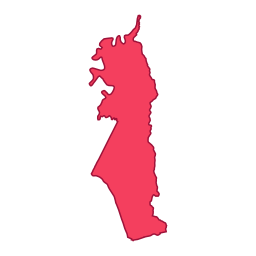 The Hills, New South Wales, Australia
{"feature_id": "25037944B61801605957585", "entity_name": "The Hills", "entity_type": "district", "adm_level": 2, "iso_a3": "AUS", "parent_name": "Australia", "parent_adm1": "New South Wales", "projection": "equal_earth", "projection_center": [150.977, -33.576], "detail": "fine", "context": "isolated", "style": "filled", "palette": "rose", "viewbox_px": 256, "rotation_deg": 0, "n_neighbors": 0, "source": "geoboundaries", "source_scale": "gbopen_adm2", "svg_char_len": 5770}
<svg xmlns="http://www.w3.org/2000/svg" viewBox="0 0 256 256"><path d="M127.7,237.2L131.6,238.9L131.4,239.8L132.5,240.0L133.1,240.6L133.8,240.0L137.6,239.4L144.7,237.0L144.6,236.9L149.7,235.9L150.8,235.5L152.7,234.3L153.4,234.1L154.2,234.0L154.9,234.1L157.0,235.1L157.7,235.1L158.3,235.0L159.0,234.6L160.0,233.8L160.2,233.7L160.1,233.0L166.2,231.7L166.0,230.6L165.6,229.2L165.6,228.9L165.7,228.4L166.2,227.4L166.3,226.3L166.6,225.7L166.2,225.1L165.9,223.9L165.7,223.4L165.3,223.0L164.9,222.7L163.6,222.2L162.5,221.3L161.1,220.9L160.4,220.2L160.2,220.1L159.2,220.0L157.5,217.7L156.8,217.0L156.0,216.7L155.3,216.7L152.4,215.8L152.9,214.4L153.1,213.5L153.2,211.6L153.0,210.4L153.4,208.4L153.4,208.0L153.2,207.6L152.2,206.8L151.6,205.9L150.4,205.3L150.2,204.8L150.0,204.1L150.0,202.5L150.1,202.0L150.3,201.6L151.1,201.1L151.4,200.7L152.2,196.9L152.9,195.6L153.3,195.0L153.6,194.8L154.0,194.9L154.5,195.2L155.3,195.9L155.6,196.1L158.2,196.1L158.3,196.0L158.6,195.6L159.0,194.7L159.1,194.0L159.0,193.6L158.5,192.8L158.0,192.1L157.2,191.5L157.0,191.2L157.1,189.5L157.4,188.1L157.4,186.9L156.7,185.5L156.1,182.6L156.1,181.9L156.3,181.0L156.2,179.4L156.5,177.9L156.1,177.1L155.3,175.7L154.7,174.2L154.1,172.9L153.7,171.0L153.7,170.6L154.3,169.7L154.4,167.9L154.8,166.1L154.8,165.0L154.7,162.9L155.0,160.5L155.0,160.0L154.6,157.4L154.7,156.9L155.2,155.6L155.4,154.5L155.4,153.7L153.5,149.8L153.4,149.4L153.7,148.1L153.5,147.2L151.6,144.9L148.4,142.2L148.1,141.5L148.0,140.2L148.2,137.6L149.6,135.3L150.5,134.1L150.8,133.5L150.8,133.2L150.8,132.8L150.2,131.9L150.1,131.3L150.2,130.7L151.0,129.3L151.1,128.8L150.9,128.0L150.9,127.5L151.5,126.1L151.4,125.8L151.2,125.4L150.8,125.2L149.2,124.9L148.9,124.6L148.7,124.1L148.8,123.3L150.1,120.7L150.2,120.3L149.9,118.4L149.1,116.7L149.0,116.2L149.0,115.9L149.5,114.9L150.7,113.1L150.9,112.5L150.8,112.1L149.6,110.3L149.6,109.9L149.7,109.4L150.4,108.5L151.1,106.5L151.1,106.1L150.3,104.3L150.0,103.3L150.0,102.9L150.2,102.5L150.5,102.3L152.4,100.8L153.3,99.7L154.9,98.8L155.7,98.2L156.3,96.8L157.4,95.3L157.7,94.7L157.7,94.4L157.5,93.8L156.9,92.8L156.5,90.9L155.2,88.6L155.1,88.1L155.0,87.4L155.2,84.7L154.5,82.2L154.4,81.8L154.5,80.8L154.3,80.3L154.1,80.0L153.7,79.7L152.5,79.6L152.0,79.3L151.3,77.9L149.6,75.3L149.5,74.9L149.5,74.2L149.9,73.1L150.0,72.6L150.0,72.3L149.6,71.4L149.5,71.0L149.5,70.7L149.8,69.6L149.7,68.9L149.5,68.5L149.1,68.2L148.8,67.5L148.0,66.6L147.4,65.4L147.4,65.1L147.6,64.6L147.0,63.5L146.5,62.0L146.1,60.5L145.9,58.5L144.8,57.4L144.4,56.3L142.9,54.6L142.3,54.1L142.2,53.9L142.2,53.5L142.1,53.0L141.9,52.1L141.6,49.4L141.9,46.6L141.1,44.1L140.5,43.6L140.2,43.0L139.9,42.8L138.5,42.4L136.8,42.0L135.2,41.3L134.4,41.4L134.2,41.3L133.5,40.6L133.3,40.2L133.2,39.2L133.6,37.7L133.9,37.4L135.0,36.4L135.8,35.5L136.6,34.9L136.6,34.5L136.2,33.7L136.3,33.2L137.0,32.6L137.9,31.4L138.0,31.1L138.1,30.4L138.7,29.6L139.1,28.9L139.1,28.6L138.9,27.6L139.0,27.4L139.4,27.0L139.5,26.7L139.1,26.1L138.8,25.1L138.9,24.9L139.4,24.3L139.3,23.7L139.0,23.4L139.4,22.8L138.9,21.9L139.0,20.8L138.8,20.8L138.4,21.0L139.0,20.1L138.9,19.9L139.1,19.6L140.5,17.8L139.9,16.7L140.5,16.2L139.7,15.4L138.3,15.6L137.4,18.5L136.6,24.8L135.3,28.0L133.4,29.6L131.8,31.7L130.0,33.6L128.6,34.8L127.3,35.2L125.9,35.1L124.6,35.7L124.3,37.4L124.8,38.7L125.3,40.4L125.3,42.2L124.5,43.5L123.5,43.9L122.3,43.2L121.1,42.0L120.3,40.1L120.2,37.3L119.5,35.8L118.4,35.9L117.1,37.2L116.3,39.5L115.8,44.0L115.3,45.4L114.3,46.0L113.1,46.3L112.4,45.9L111.7,44.4L111.6,42.7L112.2,40.8L113.0,39.5L112.9,38.3L111.9,37.9L107.2,38.4L104.0,38.9L101.6,41.0L99.8,43.3L99.6,45.1L100.6,46.3L102.1,47.4L101.6,48.3L100.8,49.2L99.6,48.8L98.5,48.4L97.0,49.0L96.6,50.3L96.6,53.1L96.2,54.2L92.6,57.0L92.0,57.9L92.4,58.8L93.4,59.6L94.8,59.9L95.8,60.0L97.4,59.7L98.8,58.9L99.8,57.9L100.9,57.1L101.7,57.3L102.1,58.4L102.3,59.7L103.8,63.7L104.5,65.8L104.7,67.4L104.5,68.8L103.8,69.6L102.5,70.2L100.8,70.4L99.0,69.9L93.7,68.3L92.4,68.1L90.9,68.6L90.0,69.4L90.0,70.5L90.8,72.0L92.8,74.4L93.2,75.4L93.5,77.1L93.3,79.1L92.4,80.4L89.4,83.4L89.5,84.2L89.8,84.8L90.3,85.4L90.9,85.8L91.6,85.5L92.4,84.7L93.7,82.8L95.0,81.2L98.2,76.8L98.9,76.3L99.7,76.0L100.8,77.0L101.6,77.8L102.3,78.4L102.8,78.7L103.3,79.8L104.3,81.4L106.8,84.7L107.7,85.1L108.9,85.5L111.7,85.6L113.3,85.9L114.0,86.5L114.3,87.5L113.8,89.5L113.0,91.2L112.2,92.6L110.7,94.3L109.6,94.6L108.7,94.6L107.9,94.1L107.1,93.0L104.7,90.7L103.9,90.6L102.2,91.3L101.8,91.8L101.7,92.5L102.3,93.5L103.2,94.4L104.9,95.8L105.4,96.5L105.8,97.6L105.3,98.4L103.4,99.4L102.7,100.0L102.2,101.1L101.9,102.2L100.6,104.9L99.0,106.5L98.2,107.0L97.9,107.8L97.9,108.7L98.3,109.8L99.1,111.2L99.5,112.4L99.4,113.4L99.0,114.5L97.8,116.2L97.7,118.3L98.0,119.7L99.0,119.8L99.8,119.4L100.1,118.6L100.4,116.8L100.8,116.2L101.9,116.6L102.2,116.7L102.5,116.6L103.6,115.8L104.1,115.7L104.5,115.9L104.9,116.3L105.6,117.3L105.9,117.5L106.3,117.5L107.8,117.0L109.1,115.9L109.5,115.8L109.9,116.0L110.6,116.9L111.2,117.3L111.4,117.9L111.4,119.0L111.6,119.3L111.8,119.5L112.1,119.6L112.4,119.5L113.3,118.4L113.7,118.1L114.2,118.1L114.5,118.3L114.6,118.5L114.5,119.2L114.7,119.5L115.0,119.7L115.4,119.6L115.6,118.8L115.8,118.6L116.3,118.6L116.6,118.7L116.7,119.1L116.8,119.6L116.8,120.5L116.8,120.8L117.2,121.2L117.7,121.6L112.2,132.6L110.8,135.3L101.0,154.9L98.8,159.3L96.9,162.6L95.6,165.4L95.0,166.3L94.6,167.5L92.9,170.6L92.9,171.0L91.5,173.6L91.4,173.8L92.0,174.9L92.7,175.6L93.4,175.8L95.6,175.7L96.2,175.7L98.9,176.7L100.2,177.4L102.0,178.9L102.6,179.6L103.4,181.1L103.9,181.7L105.1,182.7L106.6,183.7L107.5,184.6L108.5,187.2L109.4,188.9L113.7,195.6L114.3,196.7L115.4,200.7L115.7,202.3L115.9,203.0L116.6,204.5L118.7,209.9L121.7,219.2L123.1,222.9L124.7,228.1L125.4,229.9L127.0,233.6L127.5,235.8L127.7,237.2Z" fill="#f43f5e" stroke="#9f1239" stroke-width="1.5"/></svg>